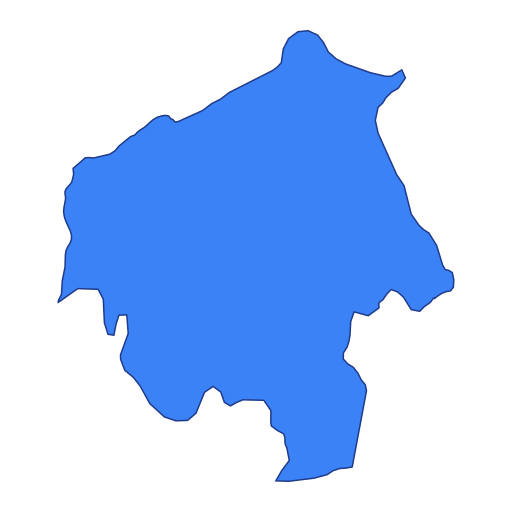 the border of Oyo
{"feature_id": "NGA-2856", "entity_name": "Oyo", "entity_type": "State", "adm_level": 1, "iso_a3": "NGA", "parent_name": "Nigeria", "parent_adm1": "", "projection": "mercator", "projection_center": [3.592, 8.111], "detail": "fine", "context": "isolated", "style": "filled", "palette": "blue", "viewbox_px": 512, "rotation_deg": 0, "n_neighbors": 0, "source": "natural_earth", "source_scale": "10m", "svg_char_len": 2151}
<svg xmlns="http://www.w3.org/2000/svg" viewBox="0 0 512 512"><path d="M58.3,302.3L58.2,301.3L58.7,299.7L60.8,295.7L61.5,293.8L62.3,280.5L65.0,267.1L65.4,254.5L66.0,250.6L67.6,247.0L69.8,243.5L71.4,239.6L71.5,235.0L70.1,230.5L66.0,221.7L64.4,217.0L63.6,212.0L63.9,208.0L65.5,199.2L65.5,197.2L65.0,193.3L65.0,191.5L66.1,188.8L70.3,184.1L71.9,181.6L73.6,174.5L73.1,168.3L74.6,167.1L85.4,157.7L89.5,157.6L93.5,158.0L110.1,154.1L115.1,150.7L119.0,146.0L130.4,136.7L135.2,134.8L136.8,132.7L140.1,130.0L144.2,127.5L152.8,119.9L157.3,117.2L162.1,115.8L165.4,115.4L168.8,116.1L170.5,118.5L173.0,119.7L175.2,122.1L177.9,121.7L202.6,110.5L212.0,103.4L220.4,99.2L229.4,92.4L272.4,70.6L277.3,67.1L281.3,62.7L283.3,48.9L288.6,38.6L298.0,31.7L308.1,30.7L317.6,35.1L323.6,42.7L328.4,52.1L336.3,59.0L345.6,63.9L370.4,72.7L385.7,76.3L391.5,76.2L401.8,69.9L405.4,78.0L398.2,88.3L391.3,92.3L386.0,97.7L382.7,103.0L378.0,107.5L375.3,120.4L378.1,133.2L396.6,174.5L404.1,185.8L411.2,214.1L418.8,225.1L423.6,229.6L429.0,233.1L436.6,245.4L442.7,265.3L445.3,269.6L448.8,270.4L452.3,272.6L453.8,279.7L453.4,287.0L451.6,289.6L450.5,290.9L445.9,291.7L442.2,293.2L438.2,295.6L434.7,298.4L434.2,297.8L432.6,299.3L431.3,301.2L430.1,302.5L424.0,306.9L419.7,311.3L411.2,309.6L403.5,297.2L397.7,292.0L391.2,289.5L386.8,294.1L382.9,299.7L380.6,301.4L378.8,303.2L379.0,307.9L368.3,315.7L354.1,311.9L350.7,321.5L350.0,335.3L348.9,341.5L347.0,347.4L343.5,352.7L343.2,358.9L347.5,363.7L353.3,367.3L357.9,373.1L361.2,379.8L365.3,384.8L366.5,390.7L352.2,467.0L345.9,468.1L339.7,468.5L332.9,470.8L327.2,474.6L314.3,478.1L288.5,481.3L275.9,480.8L281.5,471.0L289.3,460.4L286.8,447.8L285.4,444.7L284.9,441.5L284.9,437.4L283.6,433.8L277.4,430.5L271.4,426.0L270.8,422.3L270.9,410.6L263.8,400.3L242.9,399.8L236.5,402.5L230.5,405.9L224.4,402.4L220.8,392.1L213.1,386.4L204.5,392.3L196.0,413.2L187.6,420.4L175.9,420.8L164.5,417.0L149.8,403.6L140.3,386.3L133.5,377.5L124.8,370.3L120.6,359.3L120.5,354.9L128.2,333.5L126.8,314.9L118.9,315.2L116.0,324.4L113.9,335.2L108.0,334.3L104.4,322.8L103.3,299.2L98.1,289.3L77.8,288.6L59.7,301.4L58.3,302.3Z" fill="#3b82f6" stroke="#1e3a8a" stroke-width="1.5"/></svg>